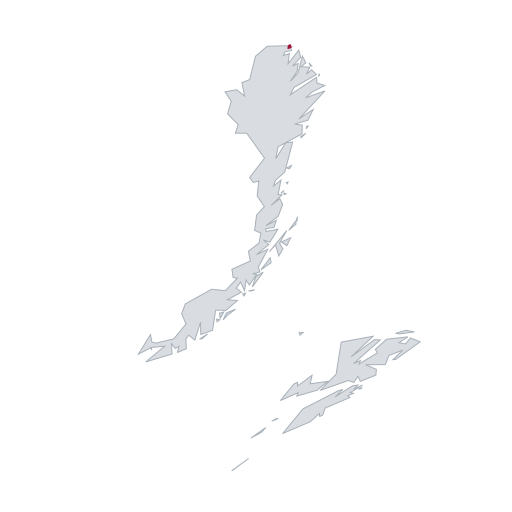 location of Klepp nor, Rogaland, Norway, rotated 147°
{"feature_id": "86288312B2742263230079", "entity_name": "Klepp nor", "entity_type": "district", "adm_level": 2, "iso_a3": "NOR", "parent_name": "Norway", "parent_adm1": "Rogaland", "projection": "robinson", "projection_center": [5.601, 58.762], "detail": "fine", "context": "in_parent", "style": "filled", "palette": "rose", "viewbox_px": 512, "rotation_deg": 147, "n_neighbors": 0, "source": "geoboundaries", "source_scale": "gbopen_adm2", "svg_char_len": 4486}
<svg xmlns="http://www.w3.org/2000/svg" viewBox="0 0 512 512"><g transform="rotate(147 256 256)"><path d="M300.6,243.6L283.8,247.6L286.9,250.3L283.4,258.0L263.4,254.9L259.8,264.1L246.5,265.2L239.4,272.5L243.2,278.3L233.2,290.0L222.1,292.8L222.3,305.7L212.9,317.3L218.3,319.2L218.5,325.3L195.6,333.4L196.9,364.1L206.4,370.2L199.3,375.9L202.5,390.6L192.5,399.2L192.5,410.5L181.8,406.1L178.4,396.3L173.4,409.1L165.3,407.4L147.6,423.8L132.4,425.8L113.0,413.9L114.2,409.0L120.5,411.5L123.9,409.2L117.8,407.6L124.4,399.8L108.0,405.4L110.2,398.4L122.0,395.4L115.7,394.6L121.0,388.5L131.9,383.9L121.1,386.6L108.2,398.4L109.0,390.9L115.2,390.3L108.1,385.0L114.7,381.0L107.9,381.9L106.5,375.3L132.4,376.7L139.5,372.5L107.8,372.9L110.7,368.0L105.6,361.6L119.3,363.0L128.3,361.7L108.3,356.9L145.3,347.6L128.2,347.8L138.6,341.6L151.8,345.7L145.9,340.5L151.0,333.4L178.1,335.6L186.4,326.8L169.4,334.8L163.2,331.6L186.1,310.8L198.4,308.9L203.2,305.1L193.7,306.1L204.0,295.5L200.8,293.2L215.7,290.2L204.8,291.2L205.5,284.8L215.7,277.3L231.2,276.0L219.5,274.9L225.3,270.2L233.2,273.7L234.1,271.0L223.1,266.5L236.9,260.0L241.0,265.4L239.1,258.6L254.8,256.9L242.4,255.2L260.0,245.5L261.4,240.5L268.6,243.0L265.5,240.2L277.4,235.3L277.5,241.3L284.5,233.1L283.1,242.6L290.1,239.8L288.0,233.6L303.8,234.9L295.8,228.8L310.7,226.8L319.4,232.5L332.9,217.4L345.1,220.2L338.6,230.7L353.1,218.8L355.5,226.2L359.9,224.7L365.0,216.2L374.4,217.9L369.8,222.3L374.1,222.4L374.6,228.6L379.8,219.5L406.1,227.2L381.7,230.1L393.6,236.3L408.1,237.7L387.3,247.6L390.2,240.5L387.4,237.4L370.0,231.3L351.7,237.1L349.8,248.1L341.4,254.3L311.3,252.3L300.6,243.6ZM220.4,90.8L236.8,94.0L236.0,99.6L242.9,96.7L246.5,101.3L275.3,108.3L253.2,113.2L231.4,137.4L201.5,124.9L231.2,119.6L202.1,121.3L197.5,117.9L232.8,112.6L225.3,111.5L228.4,109.3L206.9,108.6L206.8,112.7L191.8,115.1L172.7,105.5L183.3,105.4L178.6,100.9L171.0,103.1L165.1,94.6L195.2,93.2L197.6,94.5L184.1,97.1L198.6,100.2L206.7,94.5L223.3,105.1L216.8,95.3L220.4,90.8ZM254.3,86.2L280.8,90.8L286.8,86.2L290.0,86.8L288.7,89.3L301.0,87.5L330.4,92.6L300.0,102.2L260.6,98.2L255.8,96.8L266.5,94.7L245.8,94.6L240.8,92.3L246.5,90.9L237.0,89.8L251.2,90.1L249.1,87.8L255.1,88.9L254.3,86.2ZM277.9,110.2L298.1,116.3L295.1,118.4L314.3,121.5L293.9,128.0L289.9,127.5L291.9,124.3L273.9,125.5L280.2,119.3L264.1,111.8L277.9,110.2ZM233.5,254.8L242.5,252.3L216.3,260.6L229.3,253.9L229.6,247.2L236.9,243.6L233.5,254.8ZM246.9,242.2L259.4,241.7L245.1,246.8L246.9,242.2ZM258.8,238.5L276.0,232.0L267.3,238.9L258.8,238.5ZM164.5,106.1L177.9,112.4L181.1,115.1L170.7,112.0L164.5,106.1ZM224.5,247.9L227.1,253.9L217.0,252.4L224.5,247.9ZM318.3,220.3L312.0,224.3L302.1,222.6L313.1,221.8L318.3,220.3ZM320.0,223.2L317.7,227.9L313.4,226.6L320.0,223.2ZM205.0,261.0L214.6,259.7L204.3,263.6L205.0,261.0ZM392.8,89.2L372.5,90.2L393.4,89.0L392.8,89.2ZM347.1,105.2L359.4,106.1L341.2,106.8L347.1,105.2ZM339.1,217.0L346.1,216.0L348.6,217.0L339.1,217.0ZM324.5,222.0L323.5,224.5L321.2,222.3L324.5,222.0ZM287.7,228.9L287.9,231.4L285.0,230.5L287.7,228.9ZM262.2,165.7L261.6,168.2L258.1,166.2L262.2,165.7ZM332.8,108.9L327.1,108.6L326.4,107.7L332.8,108.9ZM180.4,310.8L182.4,313.1L177.0,312.6L180.4,310.8ZM275.4,228.4L279.2,229.3L281.4,230.8L275.4,228.4ZM240.3,87.5L242.8,88.7L239.1,88.2L240.3,87.5ZM153.5,331.7L147.3,331.9L153.8,330.6L153.5,331.7ZM144.8,335.5L142.5,337.4L141.4,336.4L144.8,335.5ZM202.8,264.2L199.7,266.3L203.0,262.8L202.8,264.2ZM107.0,385.9L106.3,389.1L105.8,385.0L107.0,385.9ZM198.4,293.7L196.9,291.9L198.8,292.0L198.4,293.7ZM394.7,233.7L394.3,235.9L394.0,235.5L394.7,233.7ZM200.2,295.4L196.7,295.8L200.9,294.9L200.2,295.4ZM190.2,299.4L190.6,301.1L188.9,300.6L190.2,299.4ZM105.3,372.7L103.9,374.6L104.2,373.0L105.3,372.7Z" fill="#d9dde1" stroke="#a8b0b8" stroke-width="1"/><path d="M114.3,414.3L114.4,414.2L114.2,414.1L114.1,413.9L114.3,413.8L114.5,413.8L114.5,413.7L114.8,413.6L115.0,413.6L115.1,413.4L115.2,413.2L115.3,413.0L115.5,413.0L115.5,412.9L115.8,412.8L115.8,412.7L115.7,412.7L115.4,412.7L115.2,412.6L114.9,412.6L114.7,412.4L114.4,412.2L114.2,412.2L114.0,412.3L113.9,412.4L113.7,412.3L113.7,412.2L113.4,412.1L113.3,412.3L113.2,412.3L113.3,412.3L113.2,412.3L113.3,412.4L113.4,412.5L113.3,412.8L113.2,412.9L113.2,413.0L112.9,413.1L112.8,413.3L112.7,413.3L112.6,413.5L112.8,413.6L112.9,413.8L113.0,413.8L112.9,413.9L113.0,413.9L113.0,414.0L113.1,414.3L113.3,414.4L113.3,414.5L113.5,414.4L113.7,414.5L113.8,414.4L114.0,414.3L114.3,414.3Z" fill="#f43f5e" stroke="#9f1239" stroke-width="1.5"/></g></svg>